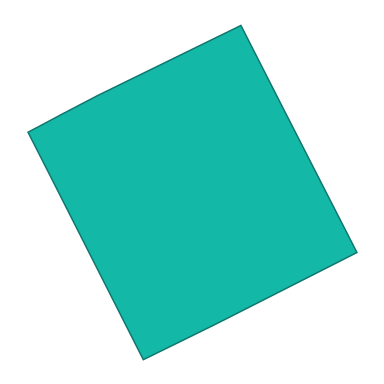 the district of Morgan, Colorado, United States of America, rotated 243°
{"feature_id": "52423323B36386554823718", "entity_name": "Morgan", "entity_type": "district", "adm_level": 2, "iso_a3": "USA", "parent_name": "United States of America", "parent_adm1": "Colorado", "projection": "robinson", "projection_center": [-103.707, 40.263], "detail": "fine", "context": "isolated", "style": "filled", "palette": "teal", "viewbox_px": 384, "rotation_deg": 243, "n_neighbors": 0, "source": "geoboundaries", "source_scale": "gbopen_adm2", "svg_char_len": 285}
<svg xmlns="http://www.w3.org/2000/svg" viewBox="0 0 384 384"><g transform="rotate(243 192 192)"><path d="M320.4,112.7L319.7,73.0L276.7,73.0L64.7,72.5L63.5,152.0L63.2,311.5L230.3,311.2L318.2,311.2L320.8,152.2L320.4,112.7Z" fill="#14b8a6" stroke="#0f766e" stroke-width="1.5"/></g></svg>